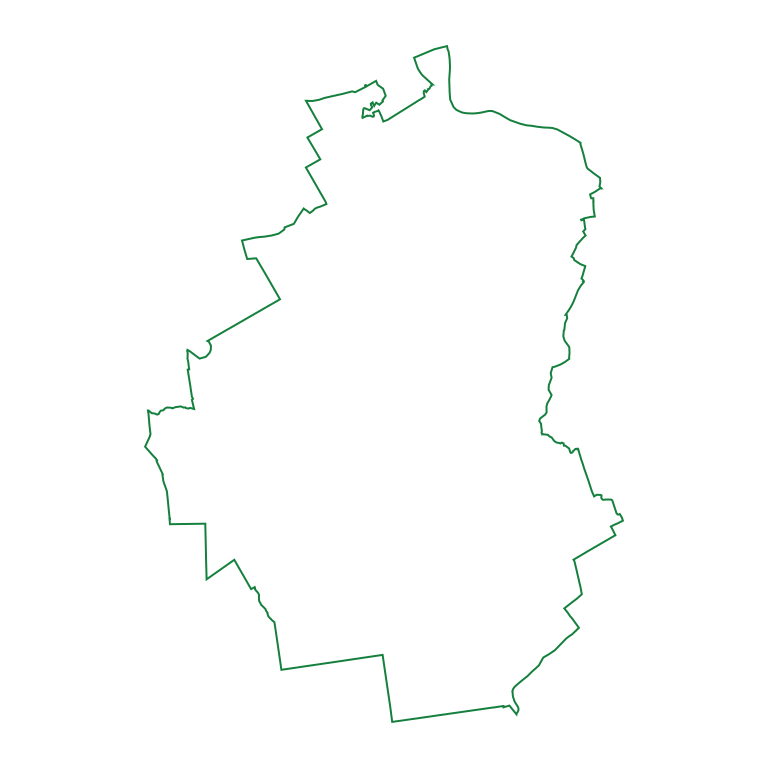 outline of Salas pag., Salas, Latvia
{"feature_id": "27541924B32123445019652", "entity_name": "Salas pag.", "entity_type": "district", "adm_level": 2, "iso_a3": "LVA", "parent_name": "Latvia", "parent_adm1": "Salas", "projection": "albers", "projection_center": [25.738, 56.452], "detail": "fine", "context": "isolated", "style": "outline", "palette": "green", "viewbox_px": 768, "rotation_deg": 0, "n_neighbors": 0, "source": "geoboundaries", "source_scale": "gbopen_adm2", "svg_char_len": 5945}
<svg xmlns="http://www.w3.org/2000/svg" viewBox="0 0 768 768"><path d="M447.0,46.1L434.2,49.3L414.1,57.7L417.8,68.5L420.0,72.1L422.4,75.3L432.6,84.5L431.4,84.5L431.5,85.8L430.8,86.2L430.3,86.8L429.5,88.6L429.0,88.9L428.3,89.1L428.4,89.3L426.3,92.1L424.8,90.4L423.9,91.1L423.7,92.9L424.7,96.6L423.1,97.8L416.7,101.6L414.9,102.8L387.4,120.0L383.3,121.5L381.7,117.0L379.9,113.0L379.2,111.5L378.5,110.4L377.9,110.9L375.0,111.8L373.1,112.7L374.0,115.3L373.7,116.5L372.6,116.8L370.3,115.7L369.9,115.7L368.7,115.8L366.7,116.1L366.7,115.9L362.6,117.9L362.4,117.6L362.4,116.7L362.6,115.5L362.8,115.0L363.2,110.8L363.1,110.1L363.7,108.6L364.0,108.2L364.7,108.2L369.4,110.1L369.7,110.2L372.2,107.4L372.1,106.9L371.4,105.9L371.2,105.6L370.8,104.1L370.8,103.7L372.6,102.4L373.4,104.5L374.2,105.9L374.6,105.1L376.2,102.7L379.4,104.7L383.0,101.4L382.5,100.4L385.7,95.8L383.1,88.7L377.7,84.9L376.1,80.9L366.8,86.2L366.2,85.3L365.7,85.0L365.1,85.4L365.0,85.6L365.1,86.1L365.6,86.9L355.1,92.2L352.1,91.4L342.6,93.9L331.7,96.3L324.7,97.9L319.1,99.8L312.4,101.0L306.0,100.8L322.0,129.2L307.4,137.5L320.3,159.3L305.9,167.5L325.6,201.8L326.4,204.1L320.3,206.6L317.1,207.6L315.2,208.5L314.4,209.2L312.5,211.1L309.7,213.0L306.5,210.4L304.9,209.5L303.7,208.5L297.8,217.1L293.9,223.8L284.6,227.4L284.4,229.4L280.1,232.6L278.5,233.7L271.6,235.5L264.1,236.7L259.8,237.0L254.8,237.7L242.0,240.5L244.6,250.3L247.2,259.0L256.2,258.3L261.6,267.5L265.0,273.2L280.0,299.3L207.5,341.0L208.6,341.6L209.0,341.9L210.9,345.6L211.0,345.8L210.9,347.0L210.8,349.7L210.0,351.9L209.5,352.9L206.1,356.6L205.8,356.8L199.6,358.6L190.0,351.4L187.5,349.9L187.2,350.8L187.2,351.1L187.6,352.6L187.7,354.3L187.5,358.8L188.3,362.1L188.7,366.0L189.2,369.4L187.7,369.6L190.2,385.2L191.9,396.7L193.0,398.8L191.9,399.8L194.1,409.0L190.2,407.9L188.7,408.5L186.1,408.2L185.3,407.4L183.7,407.6L180.8,406.4L175.3,407.2L172.5,408.3L172.4,408.1L170.5,407.7L167.0,407.5L165.3,408.3L164.6,408.8L163.4,410.3L161.6,410.5L160.8,410.7L159.4,412.4L158.7,413.8L158.7,414.0L157.2,414.6L154.9,413.6L151.7,413.1L148.5,410.5L147.9,410.5L148.5,413.8L149.5,425.7L150.5,434.1L150.0,435.4L150.1,435.9L145.1,446.7L152.6,455.2L155.6,458.3L156.0,458.7L156.5,460.3L157.1,460.4L156.8,461.7L162.3,473.3L162.7,474.4L162.4,474.5L163.4,481.3L166.8,491.0L167.0,492.2L168.2,504.0L168.3,505.3L169.6,518.2L169.7,518.5L170.0,518.6L170.0,518.8L169.5,518.8L170.0,524.2L205.3,523.7L206.1,560.7L206.6,579.3L234.3,559.8L251.1,589.1L254.7,587.1L255.1,588.3L254.9,589.1L255.9,590.4L258.3,593.2L258.3,593.3L259.1,595.0L258.9,596.7L258.9,596.8L259.0,600.0L259.2,600.5L259.3,601.4L260.5,603.3L260.9,604.5L265.5,609.1L265.6,609.3L265.7,609.9L265.9,610.6L266.4,611.2L267.6,613.0L267.4,613.6L268.5,616.6L272.5,620.7L273.2,621.1L274.4,622.2L275.7,630.6L281.4,669.8L382.6,654.9L390.2,706.5L392.2,721.9L493.7,707.4L493.8,707.5L494.2,707.4L503.4,706.0L503.5,706.0L503.5,707.3L509.4,705.6L513.7,710.9L516.5,714.3L516.7,713.4L517.7,711.9L518.3,710.7L518.5,709.9L518.4,708.4L518.0,707.1L517.7,706.5L514.8,701.9L514.4,700.9L513.0,696.7L512.8,695.4L512.7,693.6L512.5,692.0L512.6,691.3L512.4,691.2L512.9,689.6L513.2,688.9L514.3,687.2L516.7,684.9L522.1,680.4L527.5,676.1L532.1,671.5L536.2,667.9L539.0,665.3L539.0,665.2L543.2,657.6L549.3,654.0L554.9,650.2L566.1,638.6L569.6,635.9L571.9,634.5L578.9,627.8L572.3,618.7L569.9,615.9L567.7,612.6L564.3,608.4L571.8,602.5L576.7,598.8L581.8,594.3L580.6,587.7L576.2,568.6L574.4,561.1L573.5,559.7L588.0,551.1L615.4,535.2L611.9,528.3L610.9,526.5L614.9,524.5L617.8,523.3L622.9,520.7L621.9,517.6L619.8,514.1L618.8,514.5L618.0,514.6L617.2,514.1L616.7,513.5L616.5,513.2L613.4,503.8L613.0,502.4L612.2,500.3L611.9,500.0L611.2,499.6L609.1,499.5L606.1,499.5L604.5,499.7L603.0,499.8L602.6,499.6L601.9,499.0L601.6,498.5L601.2,497.3L601.4,496.8L601.5,496.0L601.5,495.4L600.4,494.9L596.6,494.8L594.1,496.4L591.9,491.4L591.4,489.9L588.5,480.9L584.0,468.0L582.8,464.0L581.3,459.8L578.1,448.9L577.9,448.7L577.2,449.3L576.4,448.8L575.3,449.0L574.1,450.4L573.1,451.0L572.9,451.8L572.7,452.0L572.1,452.5L571.2,452.9L570.9,452.9L570.5,452.5L570.1,451.9L569.9,451.0L569.2,448.7L569.0,448.4L565.4,445.7L563.9,445.7L563.6,443.4L561.7,442.6L560.5,443.5L559.5,443.1L556.5,442.5L554.2,441.0L551.7,437.5L549.6,436.5L547.8,434.8L543.3,434.3L542.3,434.4L542.4,433.8L541.6,433.1L541.5,432.8L541.5,432.4L541.7,431.7L541.9,430.3L541.7,429.6L541.4,427.7L541.1,425.2L541.1,423.9L539.2,420.9L540.0,418.6L543.7,415.7L545.1,414.7L546.6,412.4L546.5,406.6L547.2,403.6L549.7,399.2L551.0,396.5L551.6,395.0L548.6,389.8L548.8,385.2L551.0,379.4L551.6,377.6L550.7,373.1L552.5,367.3L555.1,366.6L560.3,364.6L564.8,362.1L569.3,358.8L569.1,357.9L569.5,353.0L569.3,347.2L568.3,345.7L564.7,340.8L564.0,338.6L563.3,336.2L563.6,333.0L563.8,330.6L563.8,330.4L564.4,329.7L565.0,323.3L567.2,318.2L566.7,315.0L565.5,314.9L568.7,310.3L570.3,307.8L572.0,304.8L573.8,301.0L578.0,290.3L580.9,285.5L582.5,283.6L583.8,282.1L583.0,281.5L583.6,280.7L582.2,279.1L581.5,278.6L582.5,275.8L585.3,266.1L580.3,264.1L574.2,260.0L573.8,258.2L571.5,256.6L573.9,252.0L576.0,247.7L576.6,245.0L583.0,237.9L585.6,235.5L583.2,231.5L585.4,229.1L585.0,227.3L584.3,221.9L583.9,219.4L581.4,220.3L581.1,219.7L583.5,218.8L583.9,218.4L590.7,216.9L594.8,216.5L593.7,210.1L593.6,208.4L593.3,201.5L593.5,201.5L593.3,198.2L591.2,198.3L590.9,197.6L590.1,194.4L595.0,191.8L600.0,188.5L601.4,188.4L599.5,186.5L600.3,182.1L600.0,177.9L594.2,173.7L587.6,168.6L586.8,167.4L585.9,164.4L583.4,154.1L580.4,144.0L580.6,142.9L574.8,139.2L569.8,136.2L557.4,129.5L552.5,128.0L548.8,127.7L543.8,127.5L537.0,126.7L531.6,125.8L526.4,125.3L520.1,123.7L510.2,120.2L506.2,117.9L499.5,113.9L492.6,111.1L490.5,110.9L488.8,111.0L485.6,111.6L482.2,112.4L477.8,113.1L473.1,113.5L469.6,113.4L466.0,113.2L462.1,112.5L458.7,111.0L456.2,109.7L453.6,107.1L450.2,99.6L449.9,95.8L449.6,91.6L449.5,87.8L449.2,79.5L449.8,71.4L450.0,67.1L449.7,60.0L449.3,56.2L448.6,51.5L447.7,49.5L447.0,46.1Z" fill="none" stroke="#15803d" stroke-width="2"/></svg>